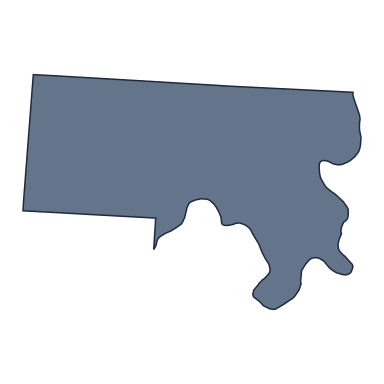 Meigs, Ohio, United States of America (Robinson projection)
{"feature_id": "52423323B59957998601513", "entity_name": "Meigs", "entity_type": "district", "adm_level": 2, "iso_a3": "USA", "parent_name": "United States of America", "parent_adm1": "Ohio", "projection": "robinson", "projection_center": [-81.882, 39.04], "detail": "fine", "context": "isolated", "style": "filled", "palette": "slate", "viewbox_px": 384, "rotation_deg": 0, "n_neighbors": 0, "source": "geoboundaries", "source_scale": "gbopen_adm2", "svg_char_len": 1836}
<svg xmlns="http://www.w3.org/2000/svg" viewBox="0 0 384 384"><path d="M55.4,75.8L33.3,74.6L23.6,200.5L23.0,210.8L155.7,218.1L153.7,249.6L156.1,245.2L157.1,240.6L158.0,238.7L159.4,237.1L165.1,233.5L171.2,230.8L177.1,227.1L181.2,224.1L182.6,222.0L184.7,217.4L187.1,207.4L188.7,204.0L190.3,202.1L195.4,200.0L201.0,198.8L207.1,199.2L209.9,200.4L214.1,204.2L216.2,207.1L218.7,211.6L220.6,216.2L221.2,218.7L221.6,223.1L222.1,224.1L223.2,224.9L224.3,225.3L226.4,225.5L229.9,225.1L234.0,224.2L234.9,223.5L239.4,222.9L245.0,224.8L247.9,226.9L250.0,228.8L253.9,236.0L258.7,243.8L262.1,252.4L265.5,258.9L268.9,264.2L270.2,269.9L269.3,272.9L268.8,273.7L264.4,278.6L262.4,279.9L259.0,283.4L258.2,284.8L253.8,290.0L252.8,294.2L253.0,295.5L253.6,296.9L260.1,302.0L263.3,305.6L264.3,306.2L270.1,308.9L273.5,309.4L275.6,309.1L283.9,304.2L293.2,297.9L294.9,296.1L299.1,289.9L301.1,283.8L300.6,281.6L301.6,270.6L305.3,264.6L309.1,260.0L311.5,258.4L312.9,257.9L316.0,257.6L319.1,258.2L323.8,261.1L329.5,267.9L331.3,269.5L335.8,272.4L338.3,273.3L342.5,274.6L345.0,274.8L347.0,274.7L349.1,273.8L350.7,272.6L351.5,271.1L352.9,267.2L352.4,264.6L345.0,256.4L342.5,254.3L339.7,251.3L338.6,249.1L338.1,245.9L338.0,244.9L339.1,239.4L341.5,233.7L341.1,232.8L340.9,230.6L341.6,227.1L342.5,224.6L343.7,222.3L346.5,220.0L347.6,218.3L348.2,215.4L348.2,209.3L346.4,206.0L343.2,201.6L335.2,194.2L331.3,191.5L327.2,188.2L325.4,186.3L322.2,181.0L320.6,177.9L319.6,173.5L319.2,168.1L319.3,164.0L320.2,162.0L321.2,161.1L322.8,160.6L325.6,160.7L328.4,161.4L332.7,163.6L335.8,164.5L338.1,164.8L341.6,164.6L347.8,162.0L350.2,160.6L355.0,156.5L358.0,152.6L359.1,150.6L360.0,147.6L360.5,144.6L361.0,137.4L359.6,130.3L359.4,127.4L359.6,121.8L360.1,119.6L359.5,115.0L353.9,98.7L352.8,94.6L353.0,92.3L234.0,86.4L55.4,75.8Z" fill="#64748b" stroke="#1e293b" stroke-width="1.5"/></svg>